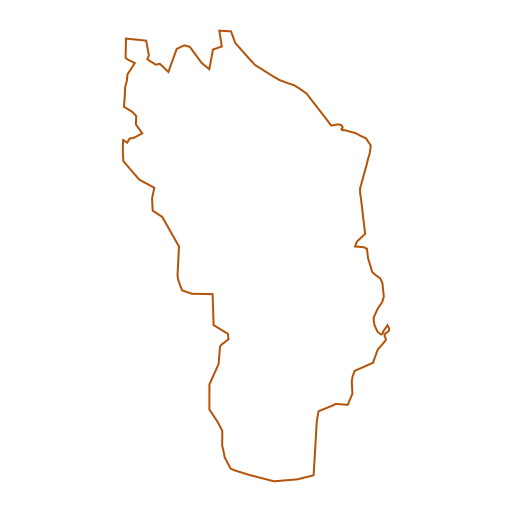 Razih, Sa`dah, Yemen
{"feature_id": "15242507B22437016360372", "entity_name": "Razih", "entity_type": "district", "adm_level": 2, "iso_a3": "YEM", "parent_name": "Yemen", "parent_adm1": "Sa`dah", "projection": "natural_earth1", "projection_center": [43.257, 16.923], "detail": "fine", "context": "isolated", "style": "outline", "palette": "amber", "viewbox_px": 512, "rotation_deg": 0, "n_neighbors": 0, "source": "geoboundaries", "source_scale": "gbopen_adm2", "svg_char_len": 2275}
<svg xmlns="http://www.w3.org/2000/svg" viewBox="0 0 512 512"><path d="M251.0,60.5L251.2,61.0L235.2,42.9L231.0,31.3L219.3,30.7L221.8,46.5L213.0,49.5L209.7,67.0L209.3,69.2L201.7,63.0L189.8,46.8L184.3,45.4L183.7,45.6L176.7,48.9L170.6,65.7L168.4,72.0L159.9,63.8L155.8,64.7L147.3,59.3L148.9,55.2L148.1,51.3L146.2,40.7L142.9,40.3L139.0,39.9L135.0,39.5L130.0,39.0L126.0,38.6L125.6,57.8L128.1,59.7L134.8,63.1L127.5,74.3L126.9,80.4L125.5,85.9L125.2,87.1L124.5,100.5L123.9,106.7L132.3,111.9L136.2,116.0L135.9,124.5L142.3,133.4L133.4,138.0L129.6,138.5L127.2,142.7L123.2,140.0L122.8,145.3L122.9,153.9L123.4,161.1L131.5,170.7L139.2,179.6L154.3,187.8L152.1,198.2L152.2,201.1L152.7,210.7L152.7,210.8L154.8,212.0L155.5,212.5L156.7,213.3L162.1,216.8L162.5,217.3L162.6,217.6L163.1,218.4L179.0,246.5L177.5,275.8L178.4,280.5L182.0,290.3L191.9,293.8L212.6,294.1L213.6,325.1L227.9,333.8L228.5,339.4L221.2,344.8L220.0,346.9L218.6,364.0L209.4,384.5L209.4,409.5L217.6,421.9L222.3,430.9L222.2,443.2L222.2,445.8L223.3,450.1L224.7,457.3L230.6,468.7L235.7,470.7L249.4,475.0L256.2,476.7L273.9,481.3L297.0,479.4L313.6,475.3L316.8,421.2L318.5,411.3L334.3,404.8L335.3,403.9L347.8,404.8L352.4,393.7L351.8,381.8L352.4,377.1L354.6,370.9L373.3,362.6L373.2,362.1L377.7,349.7L385.4,340.7L385.9,339.8L385.8,338.8L384.6,336.2L384.8,334.1L385.6,333.3L387.8,331.9L389.0,330.5L389.2,328.6L387.5,325.2L383.2,331.5L382.6,333.7L381.9,334.4L380.5,334.2L377.5,331.7L374.6,325.5L373.8,321.2L373.6,317.9L377.5,309.0L382.4,301.7L383.8,296.5L382.4,283.1L380.2,278.3L375.6,275.1L372.2,272.0L368.1,258.3L366.9,248.7L363.7,247.2L358.4,246.7L355.1,246.5L356.3,243.0L357.4,241.1L365.2,233.8L365.1,233.2L365.0,232.6L364.4,227.6L363.2,217.8L362.3,209.6L360.5,195.0L360.3,195.0L360.2,193.2L360.0,188.8L366.6,164.8L367.0,163.1L368.1,158.8L368.6,157.1L369.6,153.8L370.4,149.0L370.7,145.5L369.2,143.1L367.7,141.0L366.1,138.4L359.6,135.4L357.7,134.2L354.5,132.8L344.7,130.2L342.9,130.2L341.8,130.0L341.5,129.4L341.6,128.6L342.2,128.5L342.6,127.5L342.4,126.4L341.3,125.3L340.4,124.8L337.6,124.4L331.3,125.6L328.4,121.8L327.6,120.7L311.4,99.9L306.6,93.6L299.5,88.6L294.2,85.3L286.5,82.7L279.6,80.1L278.0,79.2L270.7,74.9L269.2,73.9L254.9,64.9L254.2,64.1L254.0,63.9L252.4,62.0L251.0,60.5Z" fill="none" stroke="#b45309" stroke-width="2"/></svg>